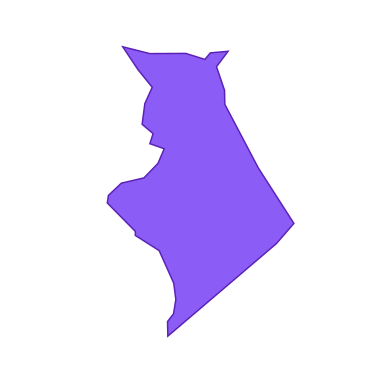 outline of Sequatchie, Tennessee, United States of America, rotated 16°
{"feature_id": "52423323B29805691728262", "entity_name": "Sequatchie", "entity_type": "district", "adm_level": 2, "iso_a3": "USA", "parent_name": "United States of America", "parent_adm1": "Tennessee", "projection": "natural_earth1", "projection_center": [-85.465, 35.357], "detail": "fine", "context": "isolated", "style": "filled", "palette": "violet", "viewbox_px": 384, "rotation_deg": 16, "n_neighbors": 0, "source": "geoboundaries", "source_scale": "gbopen_adm2", "svg_char_len": 555}
<svg xmlns="http://www.w3.org/2000/svg" viewBox="0 0 384 384"><g transform="rotate(16 192 192)"><path d="M112.6,218.3L113.6,225.9L148.4,245.5L149.5,249.4L176.6,257.4L199.6,284.7L206.1,299.8L207.8,314.2L204.2,323.3L208.5,337.2L287.3,218.4L298.6,194.1L249.1,150.6L199.4,98.7L195.2,85.2L181.0,64.8L187.9,46.8L171.3,53.2L167.8,61.0L147.8,60.5L113.3,70.6L85.4,71.5L106.5,89.4L124.9,102.3L122.3,120.0L125.4,140.7L138.5,146.6L138.2,157.2L153.4,158.1L151.4,173.9L141.9,191.7L121.7,202.9L112.6,218.3Z" fill="#8b5cf6" stroke="#5b21b6" stroke-width="1.5"/></g></svg>